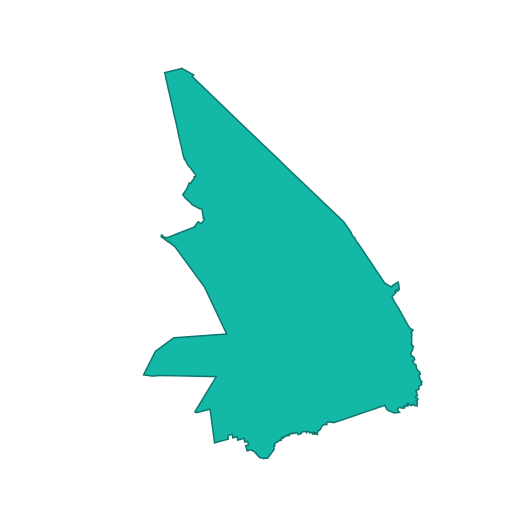 Juan Aldama, Zacatecas, Mexico, rotated 167°
{"feature_id": "50627088B44222614313729", "entity_name": "Juan Aldama", "entity_type": "district", "adm_level": 2, "iso_a3": "MEX", "parent_name": "Mexico", "parent_adm1": "Zacatecas", "projection": "mercator", "projection_center": [-103.312, 24.255], "detail": "fine", "context": "isolated", "style": "filled", "palette": "teal", "viewbox_px": 512, "rotation_deg": 167, "n_neighbors": 0, "source": "geoboundaries", "source_scale": "gbopen_adm2", "svg_char_len": 5829}
<svg xmlns="http://www.w3.org/2000/svg" viewBox="0 0 512 512"><g transform="rotate(167 256 256)"><path d="M119.7,148.7L120.7,149.5L121.4,150.2L122.3,151.3L123.1,153.0L128.8,172.7L131.6,180.8L132.6,185.5L132.5,186.0L132.2,186.3L131.3,186.5L129.5,187.8L127.7,189.3L128.6,190.5L126.2,191.2L126.0,190.7L125.4,190.7L125.6,190.2L124.3,190.8L124.1,192.0L123.8,192.0L123.5,192.4L123.8,192.9L123.3,196.0L123.5,196.7L123.3,197.8L123.4,198.7L129.4,196.6L131.0,195.3L131.8,196.1L136.3,200.3L136.5,200.2L153.7,245.4L155.1,248.2L155.7,251.4L157.1,253.5L157.5,254.5L158.1,257.4L158.0,257.5L158.3,258.3L158.4,258.5L158.8,259.6L162.1,267.6L162.7,269.4L205.0,333.6L213.5,346.9L221.1,358.4L240.7,388.2L277.5,444.8L277.8,445.2L276.0,446.5L286.3,455.7L286.6,455.4L303.8,455.2L303.7,452.7L303.9,448.1L303.8,445.6L303.9,438.6L303.8,429.3L304.0,412.9L303.9,405.7L304.0,398.6L304.2,391.5L304.2,382.0L304.1,379.7L304.3,372.5L304.3,370.3L304.0,368.0L304.2,367.7L304.2,367.1L303.7,365.7L303.3,365.6L302.9,363.7L302.7,363.2L302.3,360.8L300.8,357.7L299.8,356.1L299.6,355.4L298.8,353.6L297.9,351.3L297.0,350.0L296.7,348.9L296.8,347.0L297.1,346.7L297.8,347.0L298.5,347.0L298.4,346.6L298.6,346.5L298.7,345.5L301.6,343.4L303.0,341.3L304.6,342.3L308.6,336.6L313.5,332.4L312.9,330.5L311.7,328.1L310.6,326.5L309.2,324.7L307.7,322.3L306.6,320.2L300.1,314.6L297.9,313.7L298.3,311.9L298.5,308.9L298.4,305.9L299.1,305.0L298.3,304.3L297.8,303.5L302.0,299.8L304.6,302.4L306.3,301.1L309.1,298.6L308.9,298.2L310.1,298.0L327.0,295.6L333.7,294.5L336.2,294.1L338.3,293.9L339.8,294.3L342.8,296.0L342.8,296.8L342.4,296.8L342.4,297.1L343.5,297.6L344.0,296.2L343.8,295.8L343.1,295.0L342.3,294.3L341.6,294.5L341.7,293.7L341.0,292.5L338.6,289.7L337.8,289.8L337.4,288.4L336.5,288.3L336.3,287.3L333.3,283.7L332.6,283.1L332.8,283.0L313.1,237.1L302.1,186.6L354.6,194.8L375.5,185.7L392.3,165.5L384.0,162.3L376.9,161.2L363.7,158.0L321.9,147.4L350.6,117.9L349.2,116.7L335.2,117.1L338.4,83.2L333.7,83.5L324.3,83.8L323.7,87.5L319.1,87.6L319.6,84.0L314.9,84.2L315.3,80.7L308.7,81.0L308.8,77.2L306.0,77.3L305.7,73.6L308.8,73.5L308.5,69.7L308.5,68.1L304.7,68.4L304.2,68.1L303.0,66.7L302.3,66.5L302.1,66.4L301.7,65.9L301.2,64.6L300.1,63.9L300.0,63.5L300.2,63.0L300.1,62.6L299.6,62.1L298.7,60.2L297.8,59.3L297.7,59.1L297.8,58.6L297.5,58.4L296.8,58.6L295.8,58.0L295.4,57.6L293.9,56.8L293.5,57.4L291.5,56.5L291.0,56.7L290.0,56.3L288.2,58.0L287.6,58.9L286.3,59.3L286.1,60.2L285.2,60.9L283.8,61.6L283.3,62.5L283.1,62.5L282.2,63.2L281.7,64.3L281.9,64.6L282.0,65.3L281.4,66.4L281.1,66.5L280.8,66.3L280.6,66.4L280.7,67.1L280.9,67.6L280.9,67.8L280.7,67.9L280.4,67.6L280.2,67.6L280.0,68.1L280.1,68.6L280.0,68.9L279.6,69.5L279.2,69.7L278.1,69.5L277.6,69.9L277.5,70.2L277.2,70.3L276.2,70.1L275.9,70.1L275.0,71.2L274.5,71.2L273.2,70.7L272.9,70.8L272.8,71.0L272.9,71.6L272.6,72.0L272.3,72.0L272.2,72.3L272.2,73.1L271.7,73.5L271.3,73.5L271.0,73.2L270.9,72.6L270.7,72.4L270.0,72.7L269.7,72.9L269.9,73.3L269.8,73.5L268.5,74.1L268.3,74.0L268.3,73.7L266.8,74.0L266.1,73.7L265.9,73.9L265.7,74.4L265.3,74.5L264.9,74.4L264.6,74.5L264.4,74.2L264.4,73.5L264.2,73.4L263.9,73.5L263.7,73.9L264.0,74.7L263.4,75.0L262.8,74.9L262.6,75.4L262.4,75.4L261.8,74.9L261.1,75.1L261.0,74.8L260.8,74.8L260.5,75.5L260.3,75.5L260.0,74.9L259.8,74.7L258.8,74.7L258.1,74.4L256.9,75.0L256.5,75.0L255.8,74.6L255.5,73.8L255.3,72.8L255.0,72.5L254.5,72.4L253.5,72.7L252.0,72.7L251.6,73.1L251.7,73.4L251.6,73.7L251.5,73.9L251.2,74.1L248.1,74.1L247.5,74.0L247.0,73.6L246.5,72.5L245.8,73.2L245.4,73.4L244.8,73.3L244.4,73.1L243.9,72.8L243.7,72.4L243.7,72.1L243.5,71.6L243.1,71.6L242.2,71.8L241.8,71.6L241.1,71.0L241.0,69.9L240.8,69.6L240.6,69.6L240.3,70.1L240.3,71.0L240.1,71.4L239.8,71.5L239.6,71.4L239.1,70.6L238.9,70.0L238.9,69.2L238.5,69.1L238.3,69.4L238.2,70.5L237.5,70.3L237.0,68.8L236.5,68.4L236.2,68.3L236.5,69.3L236.1,70.1L235.3,70.7L234.7,71.5L233.4,71.9L232.7,72.3L232.2,72.7L231.1,74.0L230.3,75.3L229.6,75.7L228.6,76.0L226.4,76.1L225.0,75.9L225.3,76.5L225.0,77.2L223.2,77.9L221.8,77.7L217.4,76.1L164.2,81.5L162.9,76.9L161.7,75.6L156.8,72.0L151.4,71.3L152.6,73.9L152.7,74.5L151.9,75.4L150.6,76.1L149.8,76.2L149.1,75.7L148.6,75.0L147.4,75.5L146.7,74.4L145.5,74.6L145.0,75.4L145.2,76.5L144.0,76.1L141.7,75.7L141.0,76.5L141.2,77.2L142.2,77.3L142.2,77.6L142.1,78.0L141.8,78.1L140.8,78.0L140.3,77.7L139.8,77.2L139.4,76.7L139.1,75.7L138.9,75.4L138.6,75.3L137.7,75.6L136.9,75.6L136.7,75.9L136.7,76.1L136.4,76.2L136.0,75.9L135.4,74.9L135.0,74.6L133.2,73.7L132.8,73.7L132.6,73.8L132.3,76.0L131.9,76.4L131.9,76.9L132.0,77.0L131.9,77.2L132.0,77.3L132.0,77.8L132.4,78.1L132.3,78.9L131.7,78.7L131.3,78.9L131.0,79.7L130.5,79.9L130.4,80.2L130.4,80.8L130.9,81.1L131.1,81.1L131.7,81.7L132.0,81.9L132.2,82.7L132.0,83.2L130.7,83.3L130.1,83.7L130.1,84.5L130.4,85.1L130.3,86.0L130.0,87.0L130.4,87.6L130.6,88.2L130.4,88.6L129.6,89.0L127.8,89.3L127.1,89.5L127.0,90.0L127.0,91.2L126.8,91.9L125.9,92.7L125.2,93.0L124.7,93.0L123.7,93.3L123.4,93.6L123.4,93.9L123.8,94.9L123.7,95.1L122.6,95.9L122.5,96.2L122.6,96.4L123.8,97.8L124.1,98.3L124.1,98.6L123.7,99.7L123.8,101.3L124.3,102.2L124.2,102.8L123.3,103.5L122.4,104.0L122.7,106.4L124.3,108.4L124.8,110.5L124.8,112.2L124.5,113.6L126.1,115.6L126.4,116.3L126.6,116.5L126.7,117.4L127.3,118.1L126.9,118.5L126.1,118.6L124.8,119.1L124.6,119.4L124.7,120.1L125.1,121.1L124.9,121.8L126.4,123.4L127.0,123.7L126.8,125.4L127.0,125.9L127.1,126.9L125.7,128.0L124.6,129.3L124.1,130.5L124.1,131.5L122.9,132.1L123.6,133.6L124.4,134.0L124.6,134.4L124.6,134.7L124.6,134.9L124.0,135.2L124.0,135.5L124.5,136.8L123.7,137.2L123.5,138.2L123.2,138.6L123.1,139.2L123.0,140.7L122.8,141.1L122.7,141.6L123.0,142.4L122.9,142.6L122.3,142.8L122.0,143.1L122.0,143.6L122.1,144.6L121.6,145.0L121.6,145.4L121.9,146.1L122.2,146.5L122.2,146.9L122.0,147.2L121.1,147.2L120.3,147.8L119.7,148.7Z" fill="#14b8a6" stroke="#0f766e" stroke-width="1.5"/></g></svg>